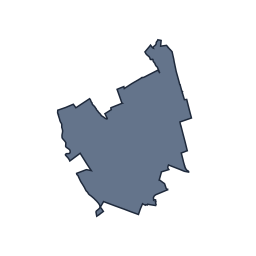 Tortoman, Constanta, Romania (Natural Earth projection), rotated 290°
{"feature_id": "2599482B73045613488071", "entity_name": "Tortoman", "entity_type": "district", "adm_level": 2, "iso_a3": "ROU", "parent_name": "Romania", "parent_adm1": "Constanta", "projection": "natural_earth1", "projection_center": [28.254, 44.36], "detail": "fine", "context": "isolated", "style": "filled", "palette": "slate", "viewbox_px": 256, "rotation_deg": 290, "n_neighbors": 0, "source": "geoboundaries", "source_scale": "gbopen_adm2", "svg_char_len": 5372}
<svg xmlns="http://www.w3.org/2000/svg" viewBox="0 0 256 256"><g transform="rotate(290 128 128)"><path d="M207.2,148.1L208.7,147.2L213.7,144.0L214.7,143.4L214.8,143.3L215.9,141.2L216.1,141.0L216.1,140.7L217.3,138.5L217.3,138.2L217.5,138.2L218.7,136.1L218.8,135.9L216.7,131.9L216.1,131.0L216.0,130.7L217.0,130.4L218.9,129.9L221.6,129.2L221.5,128.2L221.1,126.0L221.1,125.9L220.3,125.9L220.0,125.8L219.4,125.6L218.8,125.4L218.1,125.3L216.7,125.6L215.9,125.6L214.9,125.2L213.4,124.3L213.0,124.1L212.7,124.1L212.3,124.1L211.8,124.4L211.7,124.5L211.7,124.0L212.0,123.3L213.6,120.8L212.2,120.4L205.3,117.9L205.2,118.1L204.1,119.2L203.8,119.6L203.7,119.8L203.5,120.2L203.2,120.7L203.0,121.2L202.9,121.6L202.6,122.3L202.4,122.9L202.1,123.6L202.0,123.8L201.8,124.0L201.3,124.5L200.7,125.1L200.3,125.4L200.1,125.5L200.1,125.8L200.4,126.0L200.4,126.3L200.3,126.6L200.5,126.8L200.6,127.3L200.8,127.6L201.0,127.7L201.0,127.8L200.8,128.1L199.6,128.7L199.4,128.9L199.2,129.1L199.0,129.4L198.8,129.7L198.2,130.6L198.1,131.0L197.3,131.6L196.9,132.0L196.6,132.3L196.2,132.8L195.7,133.5L195.5,134.1L195.3,134.6L195.1,134.9L191.8,137.8L191.4,138.2L191.1,138.6L190.9,138.5L191.5,137.9L191.7,137.5L192.1,136.9L192.6,136.3L187.1,131.2L185.3,129.5L181.5,126.0L181.1,125.6L180.6,124.8L180.3,124.4L180.2,124.2L180.3,123.9L179.8,123.4L179.3,123.3L170.9,116.3L163.8,111.0L165.5,109.9L162.0,106.0L160.6,104.5L154.9,109.2L149.2,113.9L149.2,114.0L141.2,105.0L140.6,105.2L139.5,106.0L133.5,101.4L133.3,101.7L129.9,105.2L129.6,105.2L129.4,105.2L129.2,104.8L129.2,104.0L129.5,102.4L129.9,101.4L129.9,101.2L130.4,99.1L130.5,98.6L131.2,97.9L131.5,97.4L132.1,96.3L132.3,95.9L132.4,95.4L132.8,94.8L133.2,94.2L133.5,93.9L133.7,93.4L133.8,93.2L134.1,92.6L134.5,92.1L134.9,91.7L135.2,91.5L135.3,91.2L136.8,89.2L137.1,88.4L137.5,87.8L137.7,87.0L137.9,86.6L138.3,86.2L139.4,85.5L139.9,84.6L140.5,84.0L141.8,82.9L142.2,82.2L142.4,81.9L129.2,72.1L131.6,68.5L130.9,67.7L125.7,62.1L125.4,61.7L121.9,57.4L120.7,55.9L118.7,56.5L118.1,56.7L117.8,57.0L116.9,57.9L116.8,57.7L115.2,58.9L114.4,59.5L113.3,60.4L112.1,61.2L111.1,62.0L110.5,62.6L110.0,63.2L109.6,63.8L109.0,64.3L108.5,64.6L106.8,65.2L106.0,65.5L105.7,65.7L105.1,66.2L104.1,66.9L103.2,67.4L103.3,67.4L102.9,67.6L102.1,67.8L100.7,68.1L99.8,68.2L98.7,68.4L97.4,68.9L96.5,69.3L95.9,69.8L95.6,70.3L95.1,71.1L94.7,71.9L94.1,73.0L93.5,73.9L93.2,74.2L92.9,74.6L92.3,74.8L91.0,75.2L89.6,75.6L89.2,75.9L88.9,76.3L88.6,77.2L88.1,79.2L87.7,80.3L87.3,81.0L86.6,81.4L85.9,81.8L85.6,81.9L84.9,81.9L84.5,81.8L84.1,81.6L83.8,81.3L83.6,80.8L83.0,79.3L82.8,78.9L82.5,78.7L82.1,78.4L81.7,78.3L81.4,78.4L81.1,78.6L81.0,78.8L80.6,79.5L80.1,80.5L79.3,82.0L78.6,83.0L78.1,83.7L77.5,84.2L77.1,84.6L87.9,91.7L80.1,101.7L76.6,106.4L75.4,108.1L74.7,103.4L74.6,103.1L74.0,102.4L67.9,95.3L67.8,95.2L67.3,95.5L66.8,95.9L66.5,96.5L66.3,97.2L66.0,97.5L65.4,98.0L64.1,99.3L62.3,101.1L61.2,102.3L59.7,104.3L57.2,107.4L55.2,109.5L54.5,110.4L54.1,111.4L53.7,112.1L53.3,112.6L52.6,113.4L52.2,114.2L51.9,115.1L51.5,116.6L50.8,118.5L50.1,120.3L49.2,122.1L49.1,122.5L48.4,123.9L47.2,126.0L45.9,127.7L44.9,128.4L44.1,128.7L43.4,128.8L42.7,128.6L42.0,128.3L39.6,126.9L39.0,126.6L38.5,126.6L38.0,126.7L35.4,128.2L34.4,128.8L37.1,130.8L38.5,131.6L39.2,132.1L41.2,133.4L43.3,130.5L43.6,130.0L43.8,129.7L44.1,129.0L44.4,129.1L50.4,130.2L50.5,130.2L50.4,142.5L50.4,148.0L50.4,149.2L50.4,151.7L50.4,152.7L50.3,158.6L50.3,161.2L50.3,164.2L50.3,167.4L54.6,167.3L57.3,167.3L58.3,167.4L61.8,167.6L61.7,168.0L61.4,170.7L61.8,170.8L62.1,171.0L62.2,171.4L62.1,172.3L62.7,172.4L63.1,172.5L63.2,173.0L63.2,173.3L64.6,180.5L65.2,180.5L65.9,180.5L66.0,180.4L66.2,180.2L66.4,180.0L66.6,179.8L66.7,179.7L66.9,179.6L67.1,179.5L67.4,179.5L67.9,179.5L68.1,179.5L68.3,179.5L68.4,179.4L68.4,179.2L68.2,179.0L68.2,178.9L68.3,178.8L68.6,178.7L69.2,178.8L69.4,178.8L69.9,178.5L69.6,177.0L69.1,176.7L71.3,175.7L72.8,175.8L74.6,176.7L74.7,176.8L79.4,181.9L80.0,182.5L80.5,183.1L82.1,184.8L83.5,186.4L83.8,186.1L84.0,186.1L83.9,185.4L84.0,185.0L84.1,184.7L84.3,184.5L84.7,184.2L87.2,182.2L88.0,181.6L88.2,181.3L88.3,181.1L88.6,179.9L89.4,177.2L89.8,176.0L89.8,175.8L89.8,175.6L89.6,175.2L89.8,175.1L95.1,174.7L96.7,174.6L98.2,174.4L102.9,180.6L103.6,179.6L103.9,179.3L104.4,179.0L104.7,178.8L105.2,178.7L106.0,178.7L107.1,178.7L106.9,187.3L106.8,191.2L106.7,193.3L106.6,195.8L107.3,200.1L107.5,200.1L107.7,199.9L107.9,199.7L108.0,199.6L108.1,199.3L108.2,199.2L108.2,198.5L108.3,198.3L108.3,198.1L108.4,197.9L108.5,197.7L108.7,197.4L108.9,197.1L109.1,196.7L109.4,196.2L109.6,195.9L109.9,195.6L110.2,195.2L110.4,195.2L110.4,195.3L110.6,195.1L111.7,194.3L111.6,194.2L111.9,194.0L112.1,193.9L112.3,193.7L112.5,193.6L112.8,193.4L113.1,193.2L113.4,193.0L114.0,192.5L114.3,192.3L114.6,192.1L115.3,191.6L116.7,190.7L119.8,188.6L122.7,186.6L123.6,187.6L125.0,189.3L125.2,189.5L125.5,189.8L125.7,190.0L126.0,190.3L126.4,190.9L126.9,191.5L127.3,191.2L130.6,189.0L134.6,186.3L140.8,182.0L144.9,179.2L148.1,177.0L148.0,176.9L151.4,174.7L159.1,184.2L159.4,184.0L164.6,180.4L172.8,174.8L174.2,173.9L174.9,173.4L173.9,171.3L179.6,167.1L179.6,166.9L180.5,166.8L180.9,166.8L181.0,166.5L181.2,165.7L181.3,165.7L181.7,165.5L182.4,165.0L183.4,164.3L186.1,162.4L186.4,162.3L186.4,162.2L186.5,161.8L187.5,161.1L188.7,160.3L194.2,156.4L196.4,154.8L197.7,153.9L206.9,148.2L207.1,148.1L207.2,148.1Z" fill="#64748b" stroke="#1e293b" stroke-width="1.5"/></g></svg>